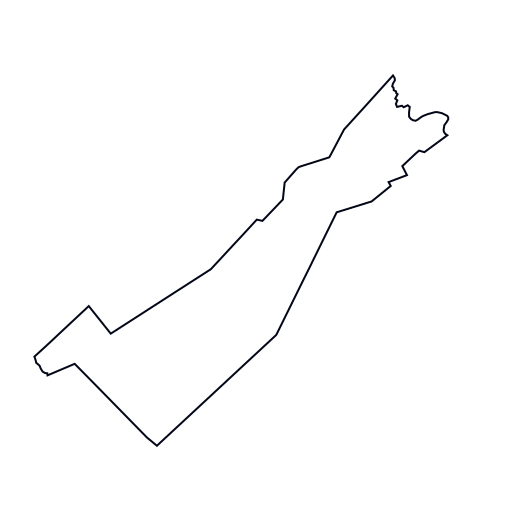 outline of Jurema, Piauí, Brazil, rotated 228°
{"feature_id": "56859067B6948842006318", "entity_name": "Jurema", "entity_type": "district", "adm_level": 2, "iso_a3": "BRA", "parent_name": "Brazil", "parent_adm1": "Piauí", "projection": "natural_earth1", "projection_center": [-43.132, -9.058], "detail": "fine", "context": "isolated", "style": "outline", "palette": "ink", "viewbox_px": 512, "rotation_deg": 228, "n_neighbors": 0, "source": "geoboundaries", "source_scale": "gbopen_adm2", "svg_char_len": 1286}
<svg xmlns="http://www.w3.org/2000/svg" viewBox="0 0 512 512"><g transform="rotate(228 256 256)"><path d="M282.5,280.9L280.5,259.6L279.7,250.2L276.4,213.7L283.3,171.3L295.5,96.1L330.7,98.2L329.6,40.4L329.5,24.0L327.6,23.2L326.0,22.5L323.7,21.2L321.0,21.6L319.0,21.7L317.0,20.9L314.9,20.4L312.8,20.1L310.2,20.9L308.5,22.4L306.8,21.2L297.2,49.1L275.3,50.1L261.2,50.7L194.1,53.5L181.3,55.4L183.8,218.3L205.7,273.1L212.8,291.1L214.4,295.0L224.7,320.7L229.3,332.2L234.5,345.2L220.4,375.8L219.2,378.3L217.9,403.0L222.2,404.0L215.1,422.3L224.9,424.9L225.3,442.8L225.2,447.7L220.5,450.6L217.7,479.0L220.1,478.4L222.4,478.7L224.1,479.7L227.2,483.5L227.9,487.0L228.9,490.3L230.4,491.6L232.2,491.9L237.6,489.8L241.5,487.1L243.0,485.5L246.5,478.6L247.9,474.9L248.6,472.6L249.2,467.1L249.7,465.1L252.0,463.4L254.4,462.8L257.1,463.0L260.3,465.8L263.9,470.0L266.5,469.6L267.7,465.3L270.0,465.0L272.4,460.6L275.4,461.7L277.1,465.2L279.8,464.8L281.5,469.5L283.2,469.2L284.6,470.2L287.0,469.3L289.1,470.8L290.9,470.7L292.4,473.0L293.0,474.7L293.7,476.9L295.5,478.1L298.5,478.6L293.9,434.3L291.1,406.1L281.4,379.7L280.3,376.5L292.3,350.1L293.5,347.1L293.4,343.8L291.4,326.4L290.0,324.9L284.9,319.2L280.0,313.8L278.6,295.0L277.8,284.3L282.5,280.9Z" fill="none" stroke="#020617" stroke-width="2"/></g></svg>